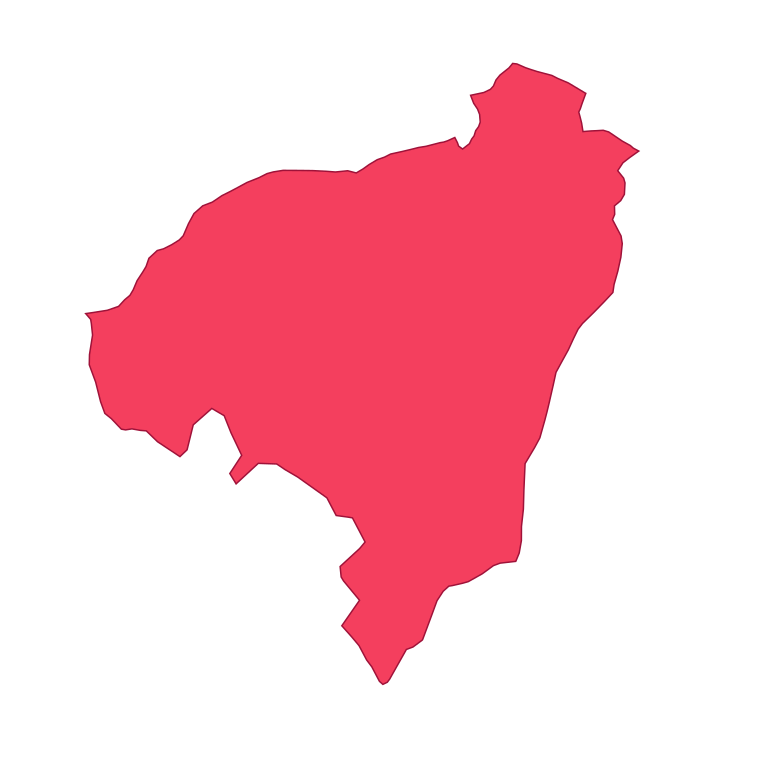 Kalar, As-Sulaymaniyah, Iraq, rotated 351°
{"feature_id": "34846034B60628866791403", "entity_name": "Kalar", "entity_type": "district", "adm_level": 2, "iso_a3": "IRQ", "parent_name": "Iraq", "parent_adm1": "As-Sulaymaniyah", "projection": "robinson", "projection_center": [45.352, 34.84], "detail": "fine", "context": "isolated", "style": "filled", "palette": "rose", "viewbox_px": 768, "rotation_deg": 351, "n_neighbors": 0, "source": "geoboundaries", "source_scale": "gbopen_adm2", "svg_char_len": 2643}
<svg xmlns="http://www.w3.org/2000/svg" viewBox="0 0 768 768"><g transform="rotate(351 384 384)"><path d="M561.2,87.5L559.8,88.8L556.8,91.4L546.9,97.0L542.2,101.2L538.7,106.8L535.2,109.6L528.2,111.7L514.7,112.4L516.5,120.8L519.4,127.1L520.6,132.7L520.0,140.4L517.7,144.6L514.2,148.1L511.8,153.0L508.9,155.8L506.0,160.0L498.4,164.2L494.9,160.7L494.3,157.2L492.5,151.6L484.9,153.7L480.8,154.4L477.3,154.4L462.7,155.8L455.1,155.8L447.5,156.5L438.2,157.2L426.5,157.9L420.0,160.0L412.4,161.4L403.7,164.9L396.7,168.4L389.6,171.2L381.5,167.7L369.2,167.0L360.4,164.9L347.0,162.1L334.7,160.0L317.7,157.2L307.8,157.2L301.4,157.9L292.6,160.7L280.3,163.5L266.3,168.4L262.2,169.8L253.4,172.6L242.9,177.5L232.9,179.6L223.0,185.9L216.0,195.0L208.9,206.2L204.3,209.7L196.1,213.2L187.3,216.0L180.9,216.7L171.5,223.0L167.4,230.7L163.3,235.6L156.3,243.3L151.0,251.8L146.9,256.7L141.1,260.2L134.0,265.8L122.3,267.9L117.1,267.9L108.3,267.9L100.4,267.8L104.4,274.3L104.4,278.6L103.8,290.1L97.7,308.9L95.9,318.9L99.5,337.0L101.3,357.1L103.7,369.4L109.3,375.6L117.5,387.5L121.6,388.9L128.0,388.9L136.1,391.7L141.9,393.1L151.3,405.6L171.1,423.8L179.2,418.2L189.2,394.5L210.1,381.2L221.2,390.3L225.3,408.4L232.3,432.2L217.7,448.3L222.3,459.5L247.4,442.7L265.5,446.2L273.0,453.2L284.1,462.3L309.8,487.5L316.2,506.4L327.8,509.9L331.9,511.3L340.6,537.1L334.2,542.7L312.1,557.4L311.5,567.9L313.2,572.1L326.0,593.8L304.5,616.2L312.6,628.8L318.4,638.5L323.7,653.9L327.8,661.6L327.9,662.0L333.0,677.0L335.9,680.5L340.6,679.1L343.3,676.5L343.5,676.3L344.2,675.4L354.0,663.0L363.7,650.8L364.5,649.7L371.5,648.3L381.6,643.0L382.0,642.7L382.5,641.9L395.4,619.0L402.3,606.6L402.4,606.4L403.2,605.5L410.0,598.0L416.4,593.8L419.9,593.8L430.4,593.1L436.3,592.4L451.4,586.8L463.7,580.5L470.7,579.1L486.2,579.8L486.4,579.8L487.1,578.7L491.1,572.1L495.2,560.2L497.5,546.2L502.1,529.4L505.6,510.6L510.9,484.7L511.8,483.6L522.2,471.1L523.1,470.0L529.5,461.6L535.3,449.0L537.2,444.9L537.8,443.5L540.6,437.1L544.7,427.2L545.2,425.9L551.1,411.2L555.7,399.4L562.7,390.3L571.4,379.1L578.4,368.6L584.3,360.2L589.5,355.3L602.3,346.2L614.5,337.1L624.4,329.4L626.8,321.7L632.6,309.1L637.8,295.8L641.3,282.6L641.3,274.9L635.4,257.4L638.4,252.5L639.5,244.1L646.5,239.9L651.1,234.3L653.5,223.1L652.9,218.2L648.2,209.9L654.6,202.9L662.2,198.7L672.1,193.8L667.2,190.1L664.6,187.0L657.4,181.4L645.4,170.2L640.2,167.7L634.0,167.1L627.8,166.4L620.0,165.8L620.0,157.1L619.4,150.3L618.9,145.9L621.0,142.8L623.6,137.8L628.0,129.9L628.8,128.5L628.0,127.9L613.2,115.5L603.3,109.3L598.1,105.5L584.1,99.3L577.9,96.2L573.2,93.7L565.4,88.7L561.2,87.5Z" fill="#f43f5e" stroke="#9f1239" stroke-width="1.5"/></g></svg>